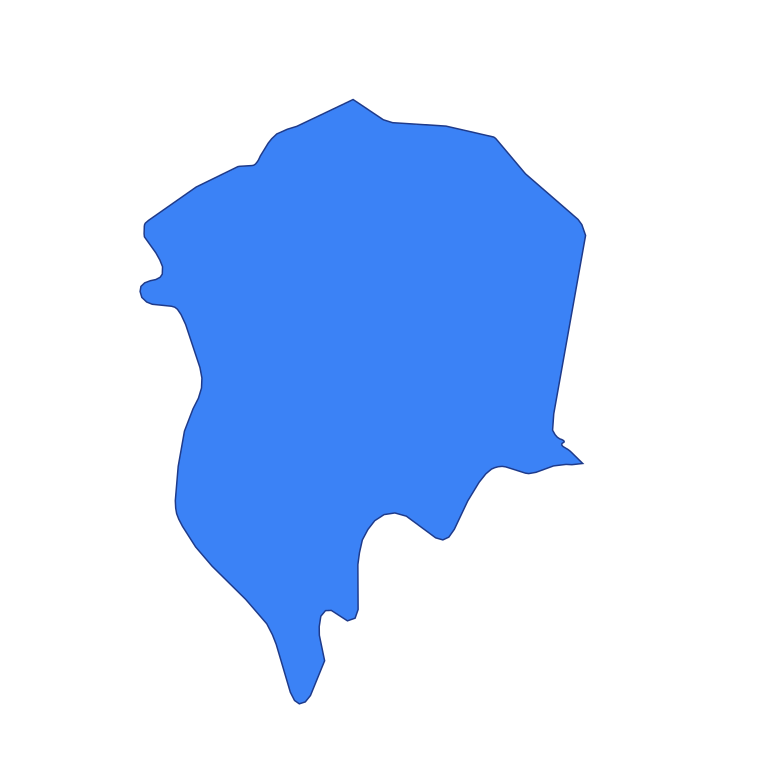 map outline of Gezira (Robinson projection), rotated 343°
{"feature_id": "SDN-875", "entity_name": "Gezira", "entity_type": "State", "adm_level": 1, "iso_a3": "SDN", "parent_name": "Sudan", "parent_adm1": "", "projection": "robinson", "projection_center": [33.161, 14.479], "detail": "fine", "context": "isolated", "style": "filled", "palette": "blue", "viewbox_px": 768, "rotation_deg": 343, "n_neighbors": 0, "source": "natural_earth", "source_scale": "10m", "svg_char_len": 1659}
<svg xmlns="http://www.w3.org/2000/svg" viewBox="0 0 768 768"><g transform="rotate(343 384 384)"><path d="M323.3,136.7L325.4,136.1L328.0,134.3L329.5,133.0L332.5,129.7L343.7,119.8L348.2,116.7L354.6,113.5L366.0,112.1L375.9,112.1L437.6,102.9L460.6,131.1L468.6,136.6L518.7,155.5L561.1,179.9L562.0,181.0L562.7,182.1L580.7,224.3L617.7,283.4L619.8,289.5L620.2,300.9L537.6,462.2L531.7,477.5L532.8,482.5L534.2,485.6L536.1,487.9L537.8,489.1L539.2,490.6L539.5,491.5L539.2,492.2L537.1,492.8L536.5,493.3L536.2,494.6L536.9,496.1L541.1,500.8L542.5,502.8L550.8,518.1L540.1,516.1L534.6,514.1L522.2,511.9L503.5,512.9L496.2,512.0L493.2,510.6L476.1,498.8L472.9,497.3L469.0,496.5L465.5,496.4L461.9,496.8L455.1,499.7L446.2,505.8L429.9,520.3L408.8,543.5L401.2,549.4L394.7,550.3L388.4,546.2L366.7,516.9L356.7,510.5L345.9,508.9L335.2,512.0L326.1,518.4L317.7,526.8L311.2,538.2L306.2,549.1L293.3,592.1L287.9,599.5L279.8,599.8L267.4,585.1L261.8,583.6L255.7,587.6L251.1,597.1L248.7,605.4L246.3,631.3L222.6,660.4L215.8,665.0L209.5,665.1L205.9,660.5L204.3,651.4L204.8,601.5L204.0,591.2L201.8,579.1L188.8,549.6L166.4,508.1L156.2,484.7L149.7,461.3L148.2,453.2L147.8,447.4L148.5,441.8L150.3,434.6L163.1,402.6L179.4,370.7L194.2,351.8L202.4,343.3L208.3,334.5L211.6,325.1L212.8,314.5L211.7,269.1L210.2,258.2L208.3,252.1L206.4,249.4L203.5,247.5L185.7,240.0L181.0,236.2L177.7,230.4L177.8,224.2L180.1,219.6L184.7,217.3L190.7,216.9L196.3,217.4L201.1,216.5L204.1,214.1L206.5,207.1L205.9,199.9L204.2,192.0L197.9,173.2L198.5,170.2L200.9,163.1L201.7,161.5L202.8,160.4L206.6,158.7L262.0,140.7L307.8,133.4L309.5,133.6L321.6,136.5L323.3,136.7Z" fill="#3b82f6" stroke="#1e3a8a" stroke-width="1.5"/></g></svg>